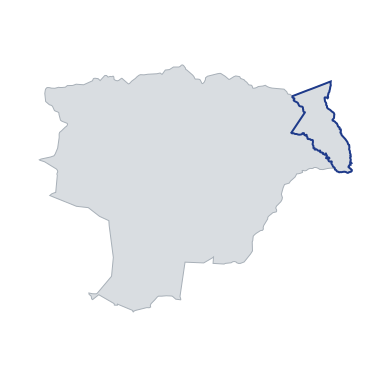 Bolivia, with Pando highlighted, rotated 96°
{"feature_id": "BOL-1938", "entity_name": "Pando", "entity_type": "Department", "adm_level": 1, "iso_a3": "BOL", "parent_name": "Bolivia", "parent_adm1": "", "projection": "robinson", "projection_center": [-66.899, -11.088], "detail": "fine", "context": "in_parent", "style": "outline", "palette": "blue", "viewbox_px": 384, "rotation_deg": 96, "n_neighbors": 0, "source": "natural_earth", "source_scale": "10m", "svg_char_len": 7885}
<svg xmlns="http://www.w3.org/2000/svg" viewBox="0 0 384 384"><g transform="rotate(96 192 192)"><path d="M69.7,223.6L69.1,218.2L68.3,216.8L67.0,215.9L66.6,214.8L67.0,213.7L69.5,211.4L70.8,211.0L71.2,209.9L75.7,203.5L77.1,202.1L78.7,201.2L79.4,200.5L79.1,198.1L79.2,196.5L79.7,195.5L82.8,193.6L83.1,193.2L83.0,192.6L81.6,191.4L78.9,190.4L77.1,190.5L75.3,188.8L71.7,179.0L71.1,176.7L71.1,175.8L73.5,171.0L76.2,167.1L75.9,166.2L72.9,162.4L72.0,160.6L72.3,156.6L74.0,155.5L74.9,151.9L75.6,151.4L77.2,148.9L79.5,146.7L79.6,144.1L80.3,143.3L82.2,142.5L82.4,141.8L82.0,140.0L81.0,138.1L80.2,137.2L79.2,132.6L78.2,130.3L79.3,128.2L80.0,125.8L80.3,123.1L80.1,111.2L82.4,108.2L83.6,107.6L84.7,106.6L84.6,104.7L86.2,102.2L67.5,65.5L74.8,65.6L82.7,66.9L84.1,67.7L84.4,68.9L85.3,69.5L87.4,69.2L93.9,66.0L94.8,65.0L97.1,61.5L98.9,59.6L100.6,58.9L103.8,58.6L104.9,59.2L106.2,59.1L107.3,57.1L109.1,54.9L112.5,52.1L114.3,51.4L115.4,50.4L117.3,50.3L118.9,49.3L126.9,42.3L130.1,40.5L133.8,39.8L136.6,38.8L143.7,37.8L148.2,37.4L149.7,38.4L151.3,38.1L152.7,36.5L153.9,36.0L154.7,36.1L155.9,37.9L156.5,39.9L156.1,41.4L156.2,43.5L156.7,46.4L156.4,48.9L153.8,53.5L153.6,54.9L153.8,56.8L154.5,59.8L156.0,64.1L156.2,67.2L155.2,69.2L154.7,71.0L154.8,72.5L155.1,73.5L155.8,74.1L156.1,75.3L156.2,77.0L157.0,78.7L158.6,80.4L159.2,82.0L158.9,83.5L159.0,84.4L159.5,84.8L160.5,84.0L161.0,84.2L162.1,86.3L162.8,88.4L163.0,89.7L166.4,91.1L170.9,95.2L173.0,96.3L174.9,100.8L178.3,101.8L184.9,102.9L188.1,101.5L190.1,101.7L192.3,102.6L197.2,106.5L199.2,107.1L200.7,106.1L202.0,105.8L203.0,106.2L204.1,109.4L207.8,113.0L209.3,114.0L210.9,113.9L217.9,117.2L219.7,117.5L221.5,117.2L222.7,117.8L223.2,119.8L226.3,123.7L227.8,125.2L229.5,126.5L234.0,126.5L235.3,126.9L244.3,125.7L247.7,127.4L256.1,132.8L257.9,136.3L258.2,138.2L257.7,140.1L257.0,140.9L256.7,142.2L257.0,144.0L258.3,145.7L259.5,151.3L260.3,152.5L260.8,163.6L254.3,163.8L255.4,164.9L261.3,172.9L262.5,191.6L296.4,193.0L297.3,193.0L299.8,191.9L300.4,192.0L300.3,196.9L297.7,200.6L297.6,201.8L297.9,206.8L298.7,210.9L299.1,214.5L300.1,215.6L303.0,217.6L307.4,221.1L309.2,221.6L310.7,221.1L311.6,222.5L311.7,224.9L315.6,235.6L316.3,237.0L317.4,237.8L317.2,238.3L316.2,238.5L315.8,239.3L311.3,254.4L312.4,254.4L312.6,257.4L311.3,257.7L310.9,258.3L303.9,274.0L309.4,279.6L308.8,280.6L306.1,281.4L304.5,283.7L303.2,284.0L303.6,280.1L303.3,276.7L302.8,275.8L284.2,263.2L265.3,263.4L234.3,270.8L229.2,271.7L225.9,281.4L218.4,293.5L218.3,305.4L210.4,333.1L208.5,331.3L207.1,328.7L206.7,327.5L189.4,327.7L188.6,328.2L187.4,328.2L186.5,327.7L185.6,327.7L184.4,328.2L183.3,329.3L177.3,341.9L176.4,346.4L176.0,347.2L175.0,345.6L172.0,336.4L170.4,333.0L168.4,332.0L162.4,330.2L151.6,329.8L148.2,330.2L146.5,329.9L144.6,328.0L140.6,324.7L139.8,323.6L138.2,322.9L137.3,322.9L136.7,323.5L135.2,328.8L134.3,330.3L128.7,332.4L127.2,332.7L126.4,333.9L126.0,335.7L125.4,337.3L121.5,339.6L120.6,340.7L120.1,343.0L117.3,347.0L109.4,348.7L106.8,348.6L105.0,348.4L103.3,347.1L103.1,344.9L103.4,342.5L103.2,339.3L101.8,335.5L101.9,334.2L101.7,332.4L101.0,328.9L99.2,327.1L98.5,321.7L96.9,318.5L96.7,311.0L91.8,302.6L89.8,302.0L89.3,301.5L89.0,300.3L89.1,297.2L90.8,295.0L85.4,291.0L85.1,290.0L85.1,289.1L86.5,287.5L85.6,285.5L85.7,283.6L85.1,282.9L85.1,282.3L85.7,281.8L88.3,281.2L89.1,279.3L89.2,277.8L88.8,276.7L86.3,274.0L86.3,273.5L91.1,266.7L91.0,266.1L90.5,265.4L87.9,263.4L85.0,260.2L83.0,258.6L81.5,257.0L80.7,255.6L80.5,252.0L79.5,248.2L78.1,239.4L77.0,236.1L78.1,234.3L78.0,233.9L73.5,231.3L72.6,227.2L69.7,223.6Z" fill="#d9dde1" stroke="#a8b0b8" stroke-width="1"/><path d="M153.7,35.3L154.3,35.3L154.7,35.5L155.2,36.0L155.5,36.8L155.9,37.9L156.1,38.2L156.4,38.4L156.6,38.8L156.7,39.1L156.6,39.7L156.2,40.6L156.0,41.2L155.9,42.1L156.0,43.1L156.2,44.0L156.6,45.2L156.7,45.7L156.7,46.8L156.8,47.0L157.0,47.5L157.0,47.8L156.9,48.0L156.6,48.6L156.4,49.8L156.1,50.3L155.3,50.8L155.0,51.2L154.8,51.8L154.7,52.2L153.6,52.4L153.3,52.5L153.0,52.8L152.6,53.2L152.3,53.8L152.1,54.2L152.0,54.4L150.2,55.4L149.8,55.8L149.3,56.2L148.9,56.4L148.4,56.4L148.0,56.2L147.5,56.1L147.1,56.3L147.0,56.6L147.1,57.1L147.2,57.6L147.3,58.2L147.2,58.7L147.0,59.1L146.5,59.5L145.6,59.9L145.1,60.0L144.8,59.9L144.7,59.7L144.5,59.3L144.2,59.0L144.0,58.9L143.7,59.1L143.4,59.5L143.3,60.0L143.5,60.2L143.9,60.3L144.2,60.6L144.4,61.0L144.5,61.5L144.3,62.1L143.5,62.1L142.6,61.8L141.8,61.6L141.4,61.8L140.5,62.6L139.8,62.8L139.8,63.0L140.0,63.1L140.3,63.2L140.8,63.0L141.0,63.1L141.1,63.5L141.0,64.0L140.7,64.5L140.5,65.5L140.2,65.9L139.9,66.1L139.5,65.9L139.4,66.2L139.1,66.9L139.1,67.7L139.0,68.5L138.5,69.0L138.2,69.0L137.8,68.8L137.5,68.9L137.5,69.5L137.7,70.3L137.7,70.8L137.5,71.2L136.8,72.2L136.6,72.6L136.5,73.2L136.6,73.5L136.9,73.7L137.0,74.0L136.8,74.5L135.6,74.8L135.6,75.3L135.5,75.8L134.8,75.9L133.4,76.1L132.3,76.9L131.7,77.1L130.3,76.9L128.4,77.1L127.9,77.3L127.7,77.7L127.7,78.3L127.7,78.9L127.7,79.4L127.2,80.0L127.1,80.5L127.2,81.6L127.2,82.2L126.9,82.6L126.5,82.8L125.8,82.8L125.5,82.9L125.2,83.2L124.9,83.6L124.7,83.9L124.3,83.9L123.9,83.8L123.5,83.9L123.2,84.1L123.2,84.5L123.4,84.9L123.7,85.2L123.8,85.5L123.6,86.0L123.3,86.3L123.0,86.6L122.6,86.7L122.2,86.7L121.9,86.8L121.8,87.2L121.9,87.8L122.0,88.2L122.2,88.3L122.3,88.2L122.5,88.1L122.9,88.6L123.4,89.5L123.7,90.7L123.8,91.9L123.7,92.9L123.4,93.9L123.4,94.5L123.5,95.1L123.5,95.6L123.3,96.2L123.1,96.7L122.9,97.2L123.0,97.6L123.1,98.0L123.2,98.4L123.1,98.9L122.7,99.4L101.4,88.2L101.0,88.1L100.8,88.8L100.5,89.3L100.2,89.6L99.7,89.8L99.1,89.9L98.7,89.9L98.2,90.2L96.6,90.5L96.0,90.8L95.6,91.5L95.5,93.2L95.3,94.0L94.8,94.6L92.3,96.1L91.9,96.8L90.9,99.5L90.5,100.2L90.3,100.4L89.8,100.5L89.5,100.3L89.2,100.1L88.8,99.9L88.3,100.0L88.1,100.3L87.7,101.6L87.3,102.0L87.2,102.1L86.3,102.1L86.1,102.0L85.6,101.0L83.4,96.7L81.2,92.4L79.0,88.1L76.9,83.8L74.7,79.5L72.5,75.2L70.3,70.9L68.1,66.7L68.0,66.4L67.9,66.2L67.8,65.9L67.7,65.8L67.6,65.6L69.1,65.6L69.9,65.5L71.3,65.1L72.0,65.2L72.7,65.4L73.5,65.5L74.6,65.5L76.3,65.7L77.0,65.9L77.8,65.8L78.1,65.9L79.6,66.7L79.9,66.7L80.0,66.7L80.5,66.6L81.5,66.9L82.0,67.0L82.5,66.9L83.1,66.6L83.6,66.5L84.3,66.7L84.6,66.9L84.3,67.4L84.0,68.0L83.9,68.6L84.0,69.6L84.1,69.8L84.6,70.0L87.6,69.3L88.2,69.0L89.2,68.1L90.1,67.7L90.5,67.7L90.8,67.7L91.2,67.7L91.5,67.6L92.1,67.0L92.5,66.7L93.5,66.6L93.9,66.5L94.3,66.1L94.7,65.7L95.0,65.2L95.3,64.6L95.9,63.2L96.2,62.8L97.3,61.4L98.1,59.8L98.4,59.4L98.8,59.1L99.5,58.7L99.8,58.6L100.2,58.5L100.8,58.6L103.3,58.5L103.6,58.6L103.9,58.7L104.3,58.9L105.1,59.6L105.5,59.8L106.2,59.6L106.5,58.9L106.7,58.1L107.0,57.4L107.2,57.1L107.8,56.5L108.1,56.2L108.5,55.4L108.7,55.1L109.1,54.8L109.5,54.7L110.2,54.2L111.1,53.9L111.5,53.6L111.8,53.2L112.1,52.8L112.2,52.5L112.2,52.3L112.3,52.1L112.5,51.9L113.6,51.9L113.9,51.8L114.1,51.7L114.3,51.3L114.2,50.8L114.2,50.6L114.5,50.5L115.0,50.4L115.8,50.3L116.2,50.4L117.0,50.6L117.4,50.6L117.6,50.5L117.8,50.2L117.9,49.9L118.1,49.7L118.3,49.7L118.7,49.6L118.9,49.6L119.9,49.0L123.3,45.1L126.0,42.7L126.4,42.5L128.1,41.7L128.3,41.6L128.4,41.4L128.5,41.1L128.6,40.9L128.7,40.7L128.9,40.6L131.4,40.1L132.7,40.2L133.1,40.2L133.5,40.0L134.3,39.5L134.7,39.3L136.7,39.0L137.1,38.8L137.8,38.3L138.1,38.2L139.3,38.0L139.5,38.3L139.7,38.2L139.9,37.9L140.0,37.8L140.3,37.8L140.7,37.9L141.2,38.3L141.5,38.3L141.9,38.2L142.8,37.6L143.2,37.5L143.6,37.4L143.9,37.5L144.7,37.7L145.0,37.7L145.6,37.2L145.6,37.3L145.7,37.5L145.8,37.7L145.9,37.8L146.1,37.8L146.2,37.6L146.2,37.3L146.2,37.1L146.4,36.7L146.5,36.6L146.6,36.9L146.7,37.1L146.7,37.3L146.8,37.4L147.0,37.5L147.8,37.1L148.2,37.1L148.1,37.6L148.0,37.9L148.1,38.0L148.3,38.0L148.5,38.0L148.7,37.9L148.8,37.9L148.9,38.0L149.1,38.2L149.2,38.3L149.8,38.8L150.1,38.9L150.5,39.0L150.8,39.0L150.9,38.9L151.0,38.6L151.1,38.3L151.1,38.2L151.5,38.1L151.8,37.7L152.0,37.4L152.1,37.2L152.2,36.8L152.3,36.6L153.3,35.7L153.5,35.3L153.7,35.3Z" fill="none" stroke="#1e3a8a" stroke-width="2"/></g></svg>